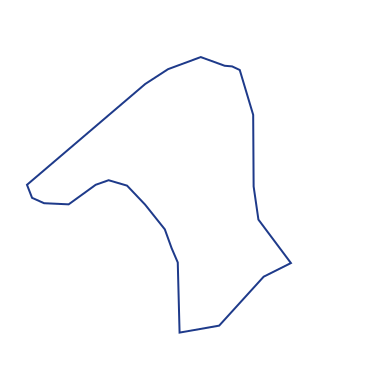 the Municipality of Majšperk, rotated 316°
{"feature_id": "SVN-211", "entity_name": "Majšperk", "entity_type": "Municipality", "adm_level": 1, "iso_a3": "SVN", "parent_name": "Slovenia", "parent_adm1": "", "projection": "equal_earth", "projection_center": [15.741, 46.315], "detail": "fine", "context": "isolated", "style": "outline", "palette": "blue", "viewbox_px": 384, "rotation_deg": 316, "n_neighbors": 0, "source": "natural_earth", "source_scale": "10m", "svg_char_len": 456}
<svg xmlns="http://www.w3.org/2000/svg" viewBox="0 0 384 384"><g transform="rotate(316 192 192)"><path d="M213.8,311.8L184.7,302.7L118.7,307.0L85.4,284.5L132.8,232.8L138.3,218.3L146.5,200.0L149.5,168.4L149.7,142.3L140.2,125.6L127.7,119.9L94.7,115.2L77.8,97.3L72.9,85.1L78.3,72.2L233.4,81.8L260.1,87.0L292.0,101.0L303.2,123.9L308.1,129.5L311.1,137.4L289.6,179.0L240.2,230.8L220.6,258.0L213.8,311.8Z" fill="none" stroke="#1e3a8a" stroke-width="2"/></g></svg>